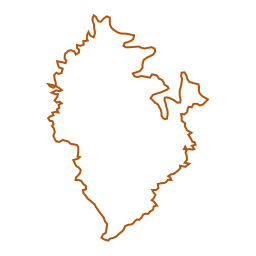 the district of Diamante do Sul, Paraná, Brazil
{"feature_id": "56859067B73289338491032", "entity_name": "Diamante do Sul", "entity_type": "district", "adm_level": 2, "iso_a3": "BRA", "parent_name": "Brazil", "parent_adm1": "Paraná", "projection": "mercator", "projection_center": [-52.698, -24.994], "detail": "fine", "context": "isolated", "style": "outline", "palette": "amber", "viewbox_px": 256, "rotation_deg": 0, "n_neighbors": 0, "source": "geoboundaries", "source_scale": "gbopen_adm2", "svg_char_len": 3455}
<svg xmlns="http://www.w3.org/2000/svg" viewBox="0 0 256 256"><path d="M88.5,31.9L87.2,34.8L86.7,38.2L87.7,40.5L85.7,41.0L83.3,41.1L83.7,44.7L80.6,45.8L77.0,45.0L77.1,48.0L79.3,49.9L78.8,52.7L75.8,54.5L74.4,51.5L71.0,50.2L68.2,50.9L64.9,54.1L64.6,58.6L66.3,60.7L65.5,63.2L63.0,62.4L59.9,61.8L57.2,61.2L57.7,64.0L59.1,67.5L62.7,68.7L61.5,73.0L58.8,73.9L56.3,72.7L54.1,75.2L54.7,79.2L55.8,83.0L55.8,86.1L59.2,88.1L61.9,90.1L59.6,91.3L56.1,90.4L51.6,92.7L55.3,94.2L57.9,94.1L57.3,96.8L54.6,100.4L56.9,102.6L59.2,101.6L61.6,103.3L58.6,104.8L59.2,108.0L56.8,109.5L58.3,112.4L55.3,111.9L52.3,112.7L53.4,115.3L50.1,116.4L48.1,118.3L49.7,120.7L52.5,121.2L53.6,124.3L51.8,126.0L53.8,128.2L54.8,131.9L53.4,135.7L54.8,139.2L56.3,141.4L59.5,141.9L62.7,140.0L66.1,140.9L68.6,141.7L70.3,143.7L76.7,144.9L78.2,146.8L78.3,149.6L78.2,153.6L77.5,156.4L79.7,157.1L77.7,158.7L73.3,160.1L76.1,165.9L78.5,167.4L80.7,169.8L80.1,172.8L78.2,175.3L76.0,177.5L75.6,180.0L78.3,179.9L81.3,180.9L83.0,183.7L85.9,186.2L86.0,189.4L83.0,190.0L83.5,193.3L85.8,195.8L87.6,198.5L90.2,200.6L92.2,202.4L94.7,204.4L95.8,206.8L97.7,209.4L99.5,212.2L103.6,217.4L105.0,221.4L107.2,224.0L106.3,230.2L105.8,232.9L103.0,234.5L101.5,237.7L104.3,239.5L108.4,240.6L109.8,238.7L113.0,238.0L116.3,236.5L118.3,234.4L120.4,232.8L122.5,230.9L124.0,229.2L125.0,226.2L128.2,224.8L131.0,224.5L133.1,223.5L135.0,221.0L136.9,219.5L139.3,219.8L141.6,217.5L143.2,214.5L145.5,213.7L148.3,213.8L150.1,211.4L153.1,209.7L153.7,206.4L157.0,205.7L154.1,201.8L151.7,200.2L153.6,198.5L155.4,194.9L153.7,192.8L152.3,190.0L156.1,190.0L158.4,188.2L157.8,184.0L160.9,183.3L164.1,183.0L166.1,182.1L167.9,179.7L171.3,180.0L170.2,177.5L168.2,176.2L170.7,174.5L173.7,173.8L177.7,171.0L180.2,168.4L180.1,165.7L185.2,166.9L189.2,163.7L184.7,162.8L187.0,159.6L186.5,155.1L185.6,152.6L186.5,149.4L189.9,149.1L192.1,149.6L194.3,149.1L191.9,145.8L195.6,144.7L194.6,142.2L192.4,141.8L191.2,139.2L188.3,134.7L191.5,132.8L189.4,131.6L187.0,130.2L184.8,126.1L185.2,123.3L181.7,120.8L181.7,117.8L181.1,114.1L184.5,114.3L187.3,111.8L187.6,108.9L188.7,106.8L191.8,107.2L193.5,103.9L197.4,103.9L199.8,105.5L202.7,104.6L205.8,101.7L207.9,99.4L203.9,97.1L202.0,95.9L199.6,93.2L198.8,90.4L199.0,86.9L198.5,84.3L194.6,83.4L189.3,81.9L187.3,79.0L186.6,76.3L185.6,74.1L184.3,72.3L181.6,72.7L181.1,76.5L182.1,78.5L181.2,85.3L179.7,90.4L179.7,95.8L180.6,99.8L180.2,102.4L177.5,102.8L174.3,100.4L169.1,97.8L167.0,97.4L164.7,97.7L164.5,100.4L165.5,102.7L166.1,106.2L167.4,110.3L167.7,114.1L166.9,118.7L164.8,119.2L163.0,118.0L161.6,116.0L161.5,112.7L160.7,109.5L159.5,107.5L158.0,104.5L155.3,102.9L150.6,98.2L152.8,95.0L155.7,93.9L161.6,92.1L164.5,90.7L166.8,89.8L168.5,88.5L167.5,86.4L164.5,84.8L163.5,82.2L161.8,79.7L159.1,78.8L156.9,75.5L152.1,74.3L150.1,77.6L146.8,77.0L141.5,76.0L137.7,77.0L134.5,76.4L132.8,73.4L139.7,71.2L142.5,67.9L142.5,64.1L143.7,59.9L147.3,57.5L153.2,54.6L155.3,51.5L154.6,48.6L151.5,47.2L144.4,48.5L141.8,47.9L138.8,46.5L131.2,47.1L126.3,47.4L123.5,45.9L124.6,43.0L128.1,42.0L131.2,40.7L133.2,39.2L134.1,35.4L129.0,34.2L126.3,33.7L123.5,33.6L120.2,33.4L117.3,32.2L113.5,29.7L111.2,27.4L109.9,24.5L109.7,17.5L106.8,16.4L104.1,18.2L100.8,21.7L98.3,21.3L95.8,16.7L93.7,15.4L92.4,18.8L92.9,21.5L94.1,24.8L94.1,27.9L94.8,31.0L94.9,33.7L93.6,37.3L90.2,35.5L88.5,31.9ZM186.5,149.4L183.9,149.2L185.2,146.7L186.5,149.4ZM55.8,86.1L52.2,84.9L48.3,84.2L49.9,86.4L53.3,87.8L55.8,86.1Z" fill="none" stroke="#b45309" stroke-width="2"/></svg>